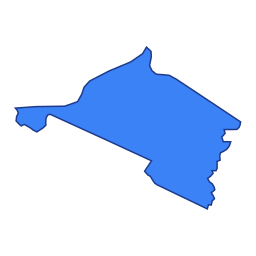 the district of São Roberto, Maranhão, Brazil
{"feature_id": "56859067B29167926577350", "entity_name": "São Roberto", "entity_type": "district", "adm_level": 2, "iso_a3": "BRA", "parent_name": "Brazil", "parent_adm1": "Maranhão", "projection": "albers", "projection_center": [-45.033, -5.022], "detail": "fine", "context": "isolated", "style": "filled", "palette": "blue", "viewbox_px": 256, "rotation_deg": 0, "n_neighbors": 0, "source": "geoboundaries", "source_scale": "gbopen_adm2", "svg_char_len": 1111}
<svg xmlns="http://www.w3.org/2000/svg" viewBox="0 0 256 256"><path d="M237.0,129.4L239.1,127.3L240.1,124.8L240.6,121.9L183.4,83.9L176.3,79.2L169.2,75.3L163.1,74.7L156.2,74.2L151.8,70.5L149.6,65.5L151.2,57.4L151.2,54.5L151.0,51.4L146.5,47.1L142.6,53.7L130.7,61.9L109.0,71.0L89.7,81.0L84.1,87.2L81.7,94.3L77.6,101.7L64.6,106.2L36.2,106.6L15.4,108.1L17.3,110.4L18.3,113.2L16.6,116.5L16.1,120.9L18.7,123.7L21.2,125.9L24.3,124.4L30.7,128.1L32.9,129.9L36.9,131.9L42.8,128.1L45.9,125.2L45.7,122.2L46.1,118.0L47.7,115.0L50.2,114.3L62.9,120.1L111.9,142.5L151.5,160.8L144.6,171.2L148.0,175.1L150.3,176.3L152.5,179.9L154.7,183.1L156.9,184.7L207.3,208.9L208.4,204.8L211.3,205.0L212.1,201.0L214.5,198.7L213.0,195.4L211.3,192.8L214.8,189.8L214.2,187.3L212.3,183.9L209.4,181.7L207.6,178.4L210.6,176.2L213.1,173.3L212.0,170.7L216.0,170.7L217.1,168.2L217.1,165.6L217.1,161.4L220.1,160.2L219.7,155.9L220.4,152.9L223.7,151.2L226.6,149.4L228.7,146.9L229.8,144.6L230.7,141.8L227.2,141.7L223.3,141.7L221.8,137.1L225.1,133.3L224.1,129.6L227.9,129.5L232.5,129.5L237.0,129.4Z" fill="#3b82f6" stroke="#1e3a8a" stroke-width="1.5"/></svg>